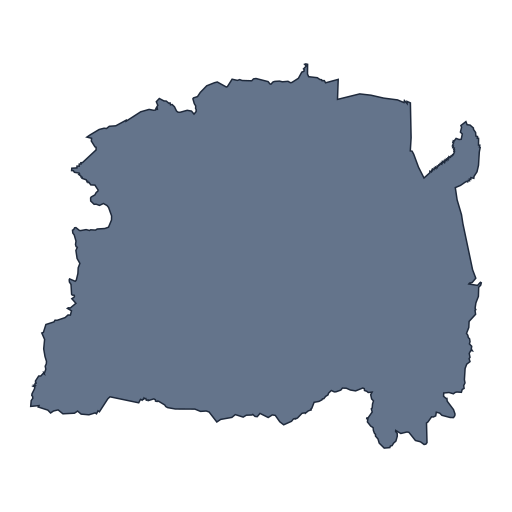 outline of Alfajayucan, Hidalgo, Mexico
{"feature_id": "50627088B1030892779314", "entity_name": "Alfajayucan", "entity_type": "district", "adm_level": 2, "iso_a3": "MEX", "parent_name": "Mexico", "parent_adm1": "Hidalgo", "projection": "mercator", "projection_center": [-99.403, 20.41], "detail": "fine", "context": "isolated", "style": "filled", "palette": "slate", "viewbox_px": 512, "rotation_deg": 0, "n_neighbors": 0, "source": "geoboundaries", "source_scale": "gbopen_adm2", "svg_char_len": 5948}
<svg xmlns="http://www.w3.org/2000/svg" viewBox="0 0 512 512"><path d="M465.9,121.6L460.9,125.5L461.6,127.3L460.4,132.1L462.3,134.0L461.2,139.3L459.0,139.5L456.1,138.4L454.0,141.2L453.3,140.8L452.8,142.5L453.6,142.9L452.4,145.9L453.3,146.1L452.7,147.7L454.3,148.1L453.7,149.7L454.5,150.0L453.9,151.5L454.5,151.8L453.2,154.8L452.5,154.6L451.9,156.0L451.1,155.8L450.5,157.3L448.9,156.6L448.7,158.3L447.9,158.0L448.0,159.6L446.5,158.9L446.6,160.5L445.1,159.8L445.0,161.5L444.2,161.0L444.3,162.6L442.4,161.4L442.2,163.0L441.4,162.7L441.6,164.2L440.1,163.6L439.5,165.1L438.8,164.8L438.0,166.3L437.3,166.0L437.1,167.7L435.6,167.0L435.8,168.5L434.3,167.9L434.0,169.6L432.5,169.0L432.4,170.6L431.7,170.3L431.4,171.9L429.9,171.2L429.8,172.8L424.0,178.0L418.5,167.2L413.7,154.2L412.1,151.2L410.3,150.9L411.1,137.7L410.4,102.9L407.0,101.4L407.1,103.6L404.4,100.6L404.0,102.6L397.5,99.9L383.7,98.1L371.0,95.2L359.7,93.9L337.5,99.4L338.2,79.4L325.6,82.8L324.3,80.6L322.0,80.7L321.6,79.7L319.9,79.5L317.3,77.7L308.7,76.7L307.5,74.1L307.6,64.3L305.8,63.9L304.6,64.3L306.3,66.0L303.5,68.9L304.2,69.6L303.9,71.3L301.8,72.1L298.4,78.3L291.8,82.5L290.4,82.7L288.0,81.3L282.4,81.8L279.5,81.1L274.8,81.4L273.1,81.9L270.9,84.2L269.9,83.9L268.1,81.6L256.0,78.5L253.5,78.9L251.7,80.8L242.1,80.5L239.7,79.6L237.4,80.4L232.1,79.2L227.4,86.6L226.3,87.0L217.3,82.0L214.5,82.7L206.7,85.8L200.3,92.4L197.5,96.6L193.5,97.9L192.9,98.8L194.3,103.7L195.7,105.9L195.6,108.6L196.2,109.6L196.1,111.6L194.0,114.1L191.5,111.1L187.2,110.3L180.0,112.3L178.0,112.2L176.5,111.0L174.5,106.8L172.1,104.5L170.5,104.8L170.0,102.9L168.9,103.3L166.3,101.1L163.9,100.9L159.3,98.5L156.3,101.7L157.8,105.3L156.5,107.5L157.1,107.3L157.4,109.3L155.9,109.1L155.6,110.0L153.7,110.3L149.1,109.4L140.7,111.8L126.1,121.2L126.1,120.2L115.8,125.8L109.3,126.3L106.5,128.5L104.1,128.2L99.1,129.5L90.1,134.9L86.9,137.1L91.6,138.3L91.3,141.0L95.0,146.9L96.1,147.3L96.1,149.9L82.5,162.6L80.9,162.7L81.1,163.9L79.2,164.1L79.2,166.2L77.0,166.1L76.9,167.9L71.8,168.2L71.6,170.6L73.4,170.7L74.4,172.3L79.2,173.1L79.6,174.0L78.8,174.5L81.0,176.2L81.0,177.0L82.2,177.3L82.0,178.3L86.2,179.8L87.1,181.8L87.7,181.4L88.1,182.6L89.0,182.4L90.8,184.9L94.9,185.1L98.1,190.0L97.8,191.2L96.2,192.5L94.9,194.9L91.2,197.0L90.6,198.0L90.7,201.0L94.1,204.3L96.2,204.2L99.5,205.4L103.4,203.5L107.0,205.5L108.6,207.5L111.6,215.9L111.5,220.0L108.5,227.2L104.8,228.5L97.2,229.0L95.5,230.1L90.6,229.8L89.5,230.5L86.1,229.6L80.6,230.6L79.5,230.5L75.9,227.6L74.6,227.8L73.7,229.5L72.5,230.2L72.8,233.0L74.2,234.9L76.0,241.1L75.5,244.5L76.1,246.6L77.3,247.3L75.9,250.5L77.1,258.5L79.9,263.4L78.2,267.8L77.9,273.5L76.3,280.1L75.2,281.3L69.6,278.9L69.2,279.8L69.4,282.0L71.0,284.4L71.6,294.3L72.3,295.1L74.1,295.2L74.5,296.1L74.0,297.3L71.8,298.7L75.9,303.3L70.4,307.9L68.3,307.8L67.4,308.4L71.5,310.8L70.4,315.1L68.0,315.0L65.1,317.6L57.1,320.3L55.0,320.2L54.0,321.9L45.9,324.5L43.4,332.4L41.8,333.0L44.6,339.4L43.7,348.9L45.0,356.5L46.5,361.4L46.3,363.9L45.2,366.2L45.8,369.2L44.6,372.6L43.7,372.3L44.3,374.0L43.3,373.3L40.8,376.0L38.7,376.0L35.4,381.1L36.1,383.1L35.1,383.3L34.9,384.9L33.8,385.2L35.1,385.7L33.8,386.4L34.9,386.5L34.5,388.8L32.0,393.8L31.8,395.5L32.6,396.4L32.8,398.3L31.2,400.6L30.7,406.4L38.9,405.6L38.2,407.0L47.8,410.1L50.6,413.0L53.5,411.0L58.1,409.9L62.9,413.8L74.5,413.2L77.6,411.1L81.1,414.1L88.9,414.8L95.1,412.9L96.5,413.8L98.0,410.8L99.4,411.8L107.9,398.7L110.0,396.8L138.7,402.8L140.5,399.4L142.1,400.2L142.3,399.5L143.5,399.4L144.0,398.0L144.7,398.7L145.8,398.5L146.3,400.2L148.2,400.0L148.3,400.6L153.8,398.9L155.4,399.7L155.5,401.1L157.2,401.5L157.8,401.0L159.2,401.6L164.8,405.0L165.7,406.5L167.6,407.6L175.4,409.0L194.9,409.1L200.5,411.4L206.2,411.0L209.1,412.0L216.8,422.0L220.7,419.4L231.9,417.4L235.3,414.6L243.2,417.1L246.3,415.2L252.0,415.0L252.8,414.4L255.0,416.4L257.2,416.7L260.0,413.4L268.2,417.5L272.3,414.9L275.3,415.4L279.8,421.8L283.7,424.8L291.5,421.3L293.5,418.9L295.2,418.5L295.3,419.0L297.5,418.0L302.0,413.3L305.1,412.8L305.3,413.3L308.4,410.8L311.2,409.9L311.0,408.9L311.8,408.3L314.1,402.3L319.0,401.4L322.0,399.8L322.4,398.9L323.8,398.7L325.6,396.4L328.0,394.9L328.5,393.2L331.3,390.5L334.3,391.9L336.0,391.8L340.8,390.1L342.4,388.1L346.3,388.2L350.3,390.0L355.6,390.9L362.8,388.0L364.3,388.6L364.5,390.5L366.8,391.3L368.2,392.5L372.1,392.1L370.7,394.7L371.6,398.9L373.5,400.9L372.5,404.0L372.2,407.9L371.3,408.8L372.2,412.0L368.1,417.8L366.8,418.0L366.7,418.7L367.9,418.9L367.4,421.9L370.7,426.1L373.1,427.6L373.4,430.5L374.5,433.4L375.5,434.3L375.5,436.1L378.0,439.0L379.2,443.1L384.2,448.1L389.8,447.6L390.4,446.0L392.1,445.6L393.6,443.1L395.9,441.1L397.3,436.1L397.2,433.4L395.6,431.5L395.7,430.4L400.8,433.5L406.9,432.0L408.9,432.3L415.4,440.5L420.5,441.8L424.1,444.5L425.9,444.1L427.0,442.6L426.5,423.0L427.9,422.0L431.6,416.8L433.3,417.0L435.7,415.9L436.3,412.2L439.7,413.1L441.9,415.3L450.1,417.5L453.5,417.6L454.8,415.7L455.0,414.0L453.5,409.6L447.2,401.2L446.9,398.4L446.1,398.5L443.6,396.3L443.7,393.0L449.0,392.5L453.4,393.8L455.0,392.5L456.8,392.0L461.4,392.3L462.2,389.5L464.1,388.4L463.7,385.6L465.0,382.9L464.4,379.7L465.1,368.5L466.7,364.2L470.0,361.6L469.1,358.7L470.0,357.3L469.2,353.4L470.8,350.5L472.4,350.8L471.3,349.1L471.7,346.3L469.4,343.9L470.0,341.7L469.6,338.9L468.3,337.5L467.8,335.2L466.5,333.4L468.8,327.5L469.1,321.4L475.6,314.3L475.0,310.3L475.8,309.7L475.1,308.2L475.9,302.9L478.4,296.4L478.7,287.3L480.7,285.2L481.3,282.8L480.4,282.3L477.5,285.4L468.8,284.0L469.5,283.1L472.3,282.4L475.8,278.2L472.6,269.8L462.9,223.7L461.5,214.7L457.1,199.8L455.3,187.6L460.5,185.4L466.3,181.4L467.7,181.9L468.2,180.5L469.5,180.8L469.4,179.1L470.8,179.4L470.9,177.6L473.8,178.3L474.0,176.4L477.0,171.8L478.5,165.3L479.3,152.0L480.2,147.4L479.4,147.1L479.8,145.2L478.5,145.1L478.6,138.4L479.2,138.3L477.3,138.3L477.5,136.5L475.9,136.1L475.6,132.5L473.5,129.4L473.4,128.0L470.1,125.1L467.1,124.7L465.9,121.6Z" fill="#64748b" stroke="#1e293b" stroke-width="1.5"/></svg>